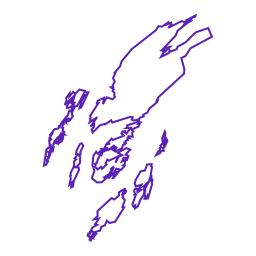 Alstahaug nor, Nordland, Norway
{"feature_id": "86288312B9312616634750", "entity_name": "Alstahaug nor", "entity_type": "district", "adm_level": 2, "iso_a3": "NOR", "parent_name": "Norway", "parent_adm1": "Nordland", "projection": "albers", "projection_center": [12.459, 65.887], "detail": "fine", "context": "isolated", "style": "outline", "palette": "violet", "viewbox_px": 256, "rotation_deg": 0, "n_neighbors": 0, "source": "geoboundaries", "source_scale": "gbopen_adm2", "svg_char_len": 5806}
<svg xmlns="http://www.w3.org/2000/svg" viewBox="0 0 256 256"><path d="M208.2,28.1L195.6,32.4L185.5,42.4L177.7,46.6L176.6,49.2L170.7,51.6L169.6,50.3L169.0,52.9L161.0,56.9L164.7,50.6L162.9,51.1L161.9,50.7L164.4,49.9L165.3,51.4L169.9,47.0L163.6,48.4L175.8,35.4L177.6,30.7L185.0,24.8L184.0,24.9L184.9,23.2L185.6,23.9L192.5,20.0L188.6,21.7L190.2,20.3L187.3,21.3L188.4,20.5L187.5,19.9L195.3,16.5L195.6,15.4L185.5,20.7L187.2,19.9L187.0,21.6L186.0,22.3L186.9,21.4L183.4,22.7L184.5,22.2L181.6,21.1L168.3,27.8L171.5,24.1L171.2,22.7L164.6,25.4L169.3,21.6L162.0,26.6L158.5,26.2L156.0,30.1L131.8,49.1L121.6,61.4L120.1,66.3L114.7,72.7L115.4,72.9L113.0,78.1L114.7,81.3L112.5,86.0L113.2,87.3L111.0,87.3L113.6,89.5L112.5,91.0L114.5,92.8L114.2,95.6L115.0,96.8L112.6,99.3L106.8,97.3L102.9,104.2L104.0,97.8L97.7,100.7L96.9,103.2L98.4,103.1L90.2,115.7L90.7,117.7L89.9,118.8L90.6,119.7L89.6,122.3L97.2,117.1L90.6,126.5L94.2,124.2L94.0,127.0L91.7,129.4L92.6,132.6L100.1,125.2L105.4,123.8L104.3,125.0L111.2,120.2L112.2,122.5L129.8,117.0L132.7,117.2L131.7,119.6L133.6,120.5L138.0,119.5L136.9,122.3L127.1,125.4L127.6,127.2L126.3,128.0L130.8,127.8L126.3,133.6L124.5,132.5L125.0,131.2L122.3,131.5L121.4,133.6L123.9,135.7L112.7,140.0L111.7,138.6L107.0,143.6L110.2,143.8L106.3,144.4L104.4,148.1L106.8,147.9L105.0,150.9L108.2,149.5L107.6,150.7L113.9,145.6L115.0,146.8L112.0,149.4L114.1,150.7L117.1,146.7L114.3,150.9L115.2,151.5L122.0,148.2L123.1,144.9L124.8,144.4L124.3,142.7L125.9,143.0L125.6,140.7L127.8,140.0L127.5,138.1L129.2,138.2L128.2,137.5L128.5,136.2L132.7,136.7L132.1,132.8L133.3,131.4L131.6,129.5L138.5,126.6L139.5,124.3L138.2,124.0L140.6,122.4L138.3,121.7L139.9,117.7L143.7,116.4L143.0,115.0L147.6,112.3L149.2,108.8L157.1,102.1L157.8,100.2L156.8,100.4L158.5,97.1L184.0,73.7L184.4,69.4L181.3,58.0L185.4,56.1L190.6,48.2L212.0,36.7L208.2,28.1ZM125.5,188.4L119.1,192.2L119.0,195.5L114.2,199.5L111.7,198.0L97.5,211.1L97.6,216.1L94.2,219.3L99.0,218.4L95.1,224.2L97.2,224.9L92.5,227.4L91.0,230.5L93.0,231.8L89.9,231.8L90.0,233.7L88.3,233.5L87.6,235.7L90.6,237.8L89.6,239.8L90.7,240.6L91.6,238.3L91.0,237.1L93.0,238.1L92.1,235.5L93.3,233.6L94.3,233.5L94.1,236.5L96.3,233.7L94.1,232.3L100.1,230.6L101.3,226.8L104.7,225.4L107.0,220.7L109.4,223.0L115.2,221.7L124.2,207.3L122.4,207.2L124.9,200.1L123.1,198.1L123.5,196.2L122.5,197.6L122.9,195.9L122.1,194.7L123.4,191.9L124.6,192.0L124.3,193.6L125.6,192.6L126.3,189.9L124.6,192.0L123.7,191.1L125.5,188.4ZM103.9,148.9L101.3,149.1L102.0,150.0L100.2,151.4L101.4,153.0L99.4,152.0L98.0,154.0L96.2,151.7L93.4,155.8L92.4,164.8L94.4,170.8L91.9,178.2L97.0,182.4L101.7,182.3L105.6,178.8L104.0,177.4L108.9,174.3L111.6,170.1L111.0,168.8L113.2,167.0L113.8,167.8L110.4,174.1L107.1,177.5L108.9,177.9L113.4,173.0L112.8,174.7L114.3,174.6L113.0,178.0L113.9,177.7L119.0,171.2L113.6,172.9L116.4,168.7L121.3,169.8L124.6,165.9L123.1,165.4L124.7,164.3L125.2,160.1L121.9,161.5L123.7,157.7L126.3,157.8L125.3,159.9L127.0,160.0L128.5,156.0L125.6,154.7L130.3,149.6L126.4,148.1L117.8,152.7L122.1,155.1L118.7,156.8L115.5,162.8L117.9,156.4L108.9,160.7L107.3,159.6L105.6,163.7L106.4,164.5L102.1,168.8L101.0,166.8L97.5,169.5L95.2,166.7L95.6,164.9L94.8,163.8L97.0,162.8L97.7,159.6L100.4,154.6L101.4,155.2L103.9,148.9ZM84.9,90.9L79.3,89.6L75.3,93.8L73.2,91.9L69.4,96.5L69.6,93.3L66.1,98.2L66.6,100.4L64.7,104.9L75.0,95.0L72.2,102.9L71.4,103.0L72.6,98.8L71.7,98.7L66.9,106.0L67.0,107.9L70.5,107.2L75.0,101.8L70.7,111.5L69.3,110.6L67.9,115.0L61.3,123.0L59.9,127.0L58.4,125.5L59.0,127.2L58.0,128.6L54.7,129.1L49.4,135.6L53.1,132.1L49.4,138.1L49.3,139.7L50.6,138.5L51.2,139.4L49.3,140.9L49.7,145.1L50.9,143.9L50.1,146.5L46.5,149.2L44.0,165.6L46.2,164.6L47.3,162.6L47.0,160.6L48.1,161.0L47.5,159.1L48.6,158.2L47.8,156.9L48.9,157.0L48.7,153.5L48.9,153.9L49.5,153.1L48.0,151.8L49.8,151.6L50.9,146.6L51.7,148.1L49.9,151.2L49.6,156.4L51.1,151.3L52.6,151.6L53.5,148.1L51.8,149.1L54.8,140.3L54.1,143.6L56.2,141.4L55.7,140.2L56.7,138.4L58.5,136.8L57.4,138.4L58.5,138.0L58.3,141.3L56.4,143.1L58.2,144.0L58.8,139.5L60.8,136.6L59.4,140.3L60.2,140.3L61.8,135.7L58.6,137.4L61.1,133.3L61.6,133.9L60.6,135.5L62.1,134.7L62.2,132.7L62.8,134.1L60.6,142.0L61.8,141.3L62.1,137.9L62.9,138.5L63.5,134.6L64.4,134.6L63.7,134.2L64.3,131.9L62.6,131.0L63.2,128.2L62.6,128.2L63.6,127.8L62.2,127.7L63.1,124.1L64.8,123.7L62.9,123.9L63.9,121.0L65.9,122.6L65.2,120.5L67.8,118.0L66.6,121.6L69.4,117.9L68.0,121.2L69.7,120.7L73.0,115.9L72.0,115.0L72.1,112.1L74.5,107.7L74.0,106.6L77.2,105.9L83.5,94.3L85.0,94.8L81.5,101.1L79.5,108.2L81.2,107.4L88.4,92.3L84.5,92.3L84.9,90.9ZM151.7,164.2L147.2,164.4L144.9,170.6L140.6,171.3L135.7,179.9L134.6,183.5L135.9,186.0L135.1,186.8L141.4,184.7L139.9,187.3L140.7,187.6L138.5,189.0L141.0,190.0L137.5,192.4L137.2,188.8L134.6,189.2L134.1,191.4L135.1,193.8L134.5,194.5L135.9,194.7L132.4,204.4L133.5,206.7L135.3,205.2L135.1,208.3L137.9,206.3L140.5,199.4L143.4,195.6L144.5,191.2L143.6,189.1L144.7,186.1L143.9,186.1L148.7,181.5L150.3,177.5L151.0,177.7L144.7,189.5L145.4,190.3L144.6,193.9L145.3,197.7L144.5,198.7L145.9,198.9L147.3,195.9L147.8,199.2L152.0,184.4L151.9,180.7L150.4,181.0L152.1,180.2L151.0,179.7L152.0,179.4L151.2,177.3L151.7,175.3L150.4,177.0L152.0,167.0L151.2,166.2L151.7,164.2ZM81.7,143.2L79.9,144.1L76.6,150.5L76.0,154.0L77.8,154.2L74.7,158.5L76.2,159.4L74.3,161.1L73.8,166.8L77.1,166.5L80.0,163.0L80.2,157.1L78.2,154.4L80.6,154.5L80.4,151.7L83.3,145.8L81.7,143.2ZM78.6,167.5L73.4,167.3L70.7,172.9L70.4,175.1L71.3,174.6L70.4,175.9L70.7,179.0L69.4,184.7L71.6,182.6L71.1,187.4L73.0,186.5L73.7,181.2L79.1,169.8L78.6,167.5ZM165.4,132.8L164.8,131.5L162.1,138.8L162.9,142.9L160.4,145.5L161.3,147.2L159.6,148.1L160.3,150.8L158.3,151.2L156.1,155.2L160.4,152.9L160.9,150.9L163.8,150.8L162.7,148.1L164.4,147.5L167.4,140.7L166.4,138.8L164.2,146.1L163.6,144.9L165.4,132.8Z" fill="none" stroke="#5b21b6" stroke-width="2"/></svg>